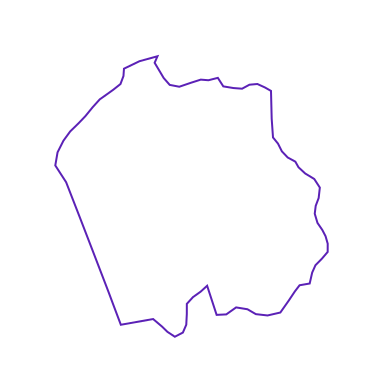 outline of Formosa do Sul, Santa Catarina, Brazil, rotated 254°
{"feature_id": "56859067B9697158571656", "entity_name": "Formosa do Sul", "entity_type": "district", "adm_level": 2, "iso_a3": "BRA", "parent_name": "Brazil", "parent_adm1": "Santa Catarina", "projection": "orthographic", "projection_center": [-52.793, -26.635], "detail": "fine", "context": "isolated", "style": "outline", "palette": "violet", "viewbox_px": 384, "rotation_deg": 254, "n_neighbors": 0, "source": "geoboundaries", "source_scale": "gbopen_adm2", "svg_char_len": 1100}
<svg xmlns="http://www.w3.org/2000/svg" viewBox="0 0 384 384"><g transform="rotate(254 192 192)"><path d="M283.8,91.6L276.8,82.6L267.2,73.7L255.2,67.9L236.1,73.7L198.2,77.2L163.4,80.3L117.8,84.3L105.0,85.3L84.0,87.0L80.6,119.6L70.9,126.1L64.4,129.8L57.6,135.6L59.4,144.5L66.0,149.9L76.2,153.4L85.9,156.2L90.7,164.0L93.8,172.8L97.7,180.7L67.1,181.8L64.9,191.2L68.9,202.6L64.0,213.0L57.0,219.7L52.5,230.6L51.8,243.7L60.9,255.0L68.1,263.5L72.7,269.7L71.6,279.9L81.4,285.3L87.6,290.5L92.1,298.5L97.0,305.9L104.9,308.2L112.7,308.2L119.6,306.8L127.7,304.1L137.3,304.0L144.6,307.1L151.3,312.1L161.0,316.1L170.8,313.1L178.6,305.9L186.4,301.2L192.7,299.7L198.8,293.5L206.3,289.6L214.8,288.0L222.1,284.9L240.5,288.8L267.4,295.8L272.5,290.8L277.8,284.6L279.3,276.8L277.5,268.6L280.5,260.5L284.9,251.2L294.6,248.3L294.9,238.6L297.6,231.4L297.3,221.2L296.7,208.8L301.1,200.1L309.4,196.2L318.2,193.9L326.5,191.7L332.0,196.2L332.2,177.6L329.3,160.6L322.4,158.1L315.5,153.0L312.0,144.5L309.4,137.2L306.5,128.9L300.9,119.9L294.3,110.4L289.4,102.0L283.8,91.6Z" fill="none" stroke="#5b21b6" stroke-width="2"/></g></svg>